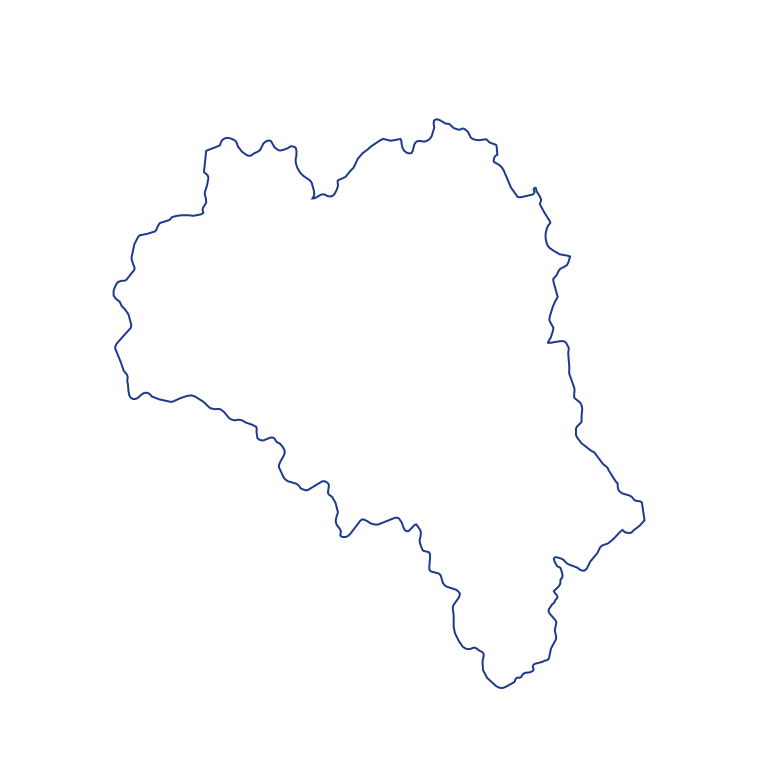 outline of Ha Lang, Cao Bằng, Vietnam, rotated 103°
{"feature_id": "81297802B75623207701482", "entity_name": "Ha Lang", "entity_type": "district", "adm_level": 2, "iso_a3": "VNM", "parent_name": "Vietnam", "parent_adm1": "Cao Bằng", "projection": "mercator", "projection_center": [106.692, 22.709], "detail": "fine", "context": "isolated", "style": "outline", "palette": "blue", "viewbox_px": 768, "rotation_deg": 103, "n_neighbors": 0, "source": "geoboundaries", "source_scale": "gbopen_adm2", "svg_char_len": 6153}
<svg xmlns="http://www.w3.org/2000/svg" viewBox="0 0 768 768"><g transform="rotate(103 384 384)"><path d="M218.0,607.1L220.0,603.2L221.8,601.8L223.3,601.4L230.0,601.1L237.3,601.7L239.8,601.2L242.1,599.8L247.1,598.0L252.8,599.9L254.7,600.1L258.0,598.5L260.0,600.7L263.0,607.6L263.5,612.1L265.0,618.7L266.8,623.7L269.0,628.0L272.5,629.9L277.5,638.5L280.3,639.7L285.2,640.6L286.9,641.5L291.0,648.6L293.9,655.2L295.9,656.6L303.8,658.7L318.2,658.4L322.5,656.1L327.0,653.1L329.0,653.0L340.5,658.5L341.8,660.2L342.5,663.0L344.5,666.2L348.0,667.6L353.8,668.5L358.7,667.3L361.0,664.8L363.4,659.9L367.1,657.1L368.9,654.0L373.4,648.8L382.3,644.0L384.1,643.4L386.1,643.3L405.0,653.7L408.4,654.3L410.3,653.6L421.6,645.6L429.5,640.7L433.0,636.3L435.2,635.2L438.9,634.9L442.0,633.4L448.3,631.4L452.4,629.6L454.3,627.6L455.1,625.3L454.6,623.1L453.4,621.2L449.2,618.2L447.0,616.1L446.0,613.9L445.9,611.8L446.7,609.7L448.3,607.6L449.5,600.0L449.4,587.6L448.3,585.3L443.5,579.1L439.7,572.8L438.4,568.9L438.6,565.8L441.8,556.2L446.3,548.7L446.7,547.0L446.6,543.1L445.6,540.2L445.4,538.0L446.0,536.2L447.3,533.6L452.2,527.1L452.9,524.7L453.0,521.0L451.7,518.4L451.3,515.6L451.5,513.3L452.6,510.4L453.2,504.2L454.0,500.4L454.6,498.8L456.1,498.0L459.5,497.4L465.1,495.2L466.2,493.3L466.5,491.0L466.2,489.0L461.7,482.5L461.2,479.9L461.8,478.3L463.5,476.9L465.0,474.9L465.3,472.4L467.9,468.7L470.9,466.0L473.4,465.3L475.8,465.4L483.4,467.6L486.5,468.1L488.7,467.7L497.6,460.8L499.2,458.6L500.4,455.8L500.9,446.9L501.9,444.5L504.6,441.3L505.2,436.4L504.6,434.5L492.8,422.4L492.1,420.3L492.6,417.7L493.5,416.1L494.8,414.9L502.6,414.2L504.1,412.9L505.8,409.0L510.9,404.4L519.0,400.2L520.1,400.0L525.0,400.5L528.6,400.2L531.9,398.4L535.1,394.4L537.3,392.8L541.0,392.6L542.0,391.7L542.4,390.2L541.8,387.1L540.5,385.2L538.1,383.4L522.5,376.3L520.9,374.9L520.6,372.8L521.6,368.8L522.8,365.8L523.0,361.0L522.3,358.2L512.5,344.1L511.5,342.2L511.3,340.3L511.9,338.9L515.2,335.4L519.5,332.7L521.8,330.6L522.3,329.1L521.7,326.9L514.2,322.3L513.6,320.9L518.1,315.9L520.2,314.7L524.1,314.1L528.3,314.2L531.6,312.8L536.7,309.4L537.7,308.1L537.8,302.5L538.9,301.2L542.0,300.2L552.7,298.6L554.7,298.0L556.1,295.9L556.3,288.6L556.8,287.0L558.1,285.5L564.6,281.9L566.6,279.4L567.4,277.1L568.3,267.0L570.6,263.2L571.7,262.8L575.1,263.0L584.1,266.7L586.8,266.6L594.4,263.9L604.9,261.5L610.7,258.9L617.6,253.3L622.3,248.2L623.4,245.1L623.5,242.5L622.7,240.1L621.0,237.9L620.5,236.1L620.9,234.2L622.2,231.6L623.1,227.9L624.2,226.6L625.8,225.8L632.7,225.5L640.6,223.1L647.2,217.3L652.9,207.3L653.9,204.2L653.9,201.4L653.3,199.5L650.8,196.2L645.0,189.9L641.9,189.4L640.7,188.7L639.9,187.5L639.7,185.8L638.8,184.5L635.9,183.6L633.8,181.8L632.1,176.9L630.5,174.9L629.1,174.0L627.9,174.2L626.0,175.5L623.9,175.2L622.6,173.9L619.1,167.1L617.3,165.1L616.4,162.9L615.3,162.0L613.9,161.6L604.3,161.8L594.0,159.0L591.5,159.4L585.6,162.2L577.6,162.4L576.3,163.2L575.2,164.4L570.3,171.1L568.7,172.4L567.7,172.6L566.4,172.7L560.9,170.6L559.0,169.0L555.7,168.4L553.6,167.1L552.4,167.1L551.2,167.9L547.9,171.9L547.4,171.9L542.5,168.5L539.7,167.5L538.7,167.3L535.0,168.0L533.9,167.7L533.0,166.8L530.5,166.9L526.0,169.1L523.3,170.9L522.6,174.3L518.5,178.0L516.1,179.2L515.1,178.8L514.3,178.2L514.0,176.5L514.2,172.3L515.0,169.5L516.6,167.3L518.1,164.2L519.5,154.1L520.9,151.3L521.2,148.3L520.8,146.8L518.4,144.9L510.7,143.1L500.6,138.0L494.7,136.7L492.8,135.5L491.7,134.3L489.2,130.2L487.0,128.2L482.6,125.1L474.5,120.4L472.6,118.8L474.3,115.9L474.2,112.2L473.2,109.5L470.4,107.9L464.5,103.0L458.2,99.5L441.6,106.0L440.7,108.0L441.1,111.8L440.8,113.8L438.3,117.2L437.5,119.2L437.0,127.2L435.6,130.4L434.5,131.6L432.6,132.8L428.1,134.1L427.1,135.9L425.2,138.0L417.2,146.0L415.4,147.2L412.4,153.0L403.4,163.6L402.4,167.3L397.2,178.4L392.4,184.0L390.5,185.5L384.2,186.9L382.3,186.5L376.6,183.0L370.0,184.4L363.7,185.2L360.5,186.6L358.1,188.5L355.0,194.9L353.5,196.0L346.9,197.0L344.5,198.0L332.2,205.9L325.3,207.4L313.1,211.3L307.2,212.1L303.1,215.7L302.1,217.2L302.0,218.3L302.0,219.8L303.5,224.2L306.1,230.2L307.0,233.3L306.4,233.6L301.4,232.0L295.4,231.4L291.3,231.5L285.3,236.8L283.9,237.4L280.0,237.6L270.9,236.9L265.2,235.9L260.9,234.5L259.8,234.5L246.0,242.0L243.5,242.7L239.2,240.3L234.5,239.3L232.0,238.1L229.1,234.5L226.9,232.5L224.4,231.8L217.9,231.3L217.7,234.2L218.1,242.1L216.0,248.8L214.0,253.6L212.2,255.8L208.9,257.9L205.1,259.5L200.7,260.4L195.5,260.3L192.9,259.8L190.0,258.2L189.3,258.3L188.3,258.8L180.8,266.4L174.2,272.2L173.3,272.6L169.9,272.3L168.6,272.6L165.6,274.9L161.8,278.8L159.1,279.9L158.8,280.7L159.1,281.2L159.4,281.6L160.7,282.0L163.4,280.5L164.5,280.7L165.9,281.7L170.0,290.0L171.5,293.5L171.7,295.8L164.1,304.4L149.1,315.3L146.3,318.1L144.6,321.0L142.9,326.9L141.9,327.4L138.4,327.5L136.7,326.8L135.2,325.1L127.2,327.7L126.2,328.2L125.7,328.9L124.9,335.6L122.9,338.6L122.7,340.2L124.8,345.4L125.5,348.8L125.3,352.7L124.3,355.0L119.3,359.0L117.4,362.9L117.3,364.4L117.7,365.6L119.0,366.9L119.4,368.5L119.0,373.6L116.0,378.8L116.4,382.7L114.5,388.4L114.1,391.5L114.4,392.9L116.2,394.6L119.4,394.1L122.8,392.7L131.8,393.3L135.0,394.6L137.1,396.5L138.8,399.3L139.1,403.6L139.9,406.1L141.7,407.7L143.9,408.3L150.7,408.5L152.8,409.2L153.4,410.3L153.7,412.4L153.4,414.2L152.2,416.9L149.3,419.3L145.8,421.0L143.0,421.8L141.6,423.1L145.5,432.2L145.3,439.9L148.2,443.3L155.0,449.7L159.2,452.7L163.7,456.6L170.2,460.1L180.0,462.3L184.1,464.8L190.9,468.1L196.0,474.8L197.4,474.7L201.0,473.4L205.3,473.7L210.4,475.1L212.8,476.9L213.7,480.5L212.7,484.9L213.3,487.5L218.7,493.5L219.3,495.4L216.3,494.6L214.4,494.8L211.6,495.7L204.7,499.4L202.3,501.8L199.5,509.1L197.3,512.8L193.0,517.0L188.6,519.6L185.3,520.6L181.5,520.7L176.9,521.6L173.8,523.1L173.1,524.7L173.2,528.2L176.0,530.9L178.4,534.6L179.9,537.7L179.9,539.9L177.9,544.0L172.8,548.7L172.6,549.9L172.9,551.8L174.2,553.6L176.7,555.6L183.8,557.3L185.9,559.1L188.6,562.6L191.0,564.5L191.8,566.0L192.1,567.4L191.8,569.5L189.5,574.8L185.4,579.8L182.7,581.4L180.5,583.4L179.4,587.2L179.2,590.8L179.9,593.5L181.7,595.7L183.1,596.7L185.3,597.3L187.8,597.4L188.7,597.9L196.8,609.7L218.0,607.1Z" fill="none" stroke="#1e3a8a" stroke-width="2"/></g></svg>